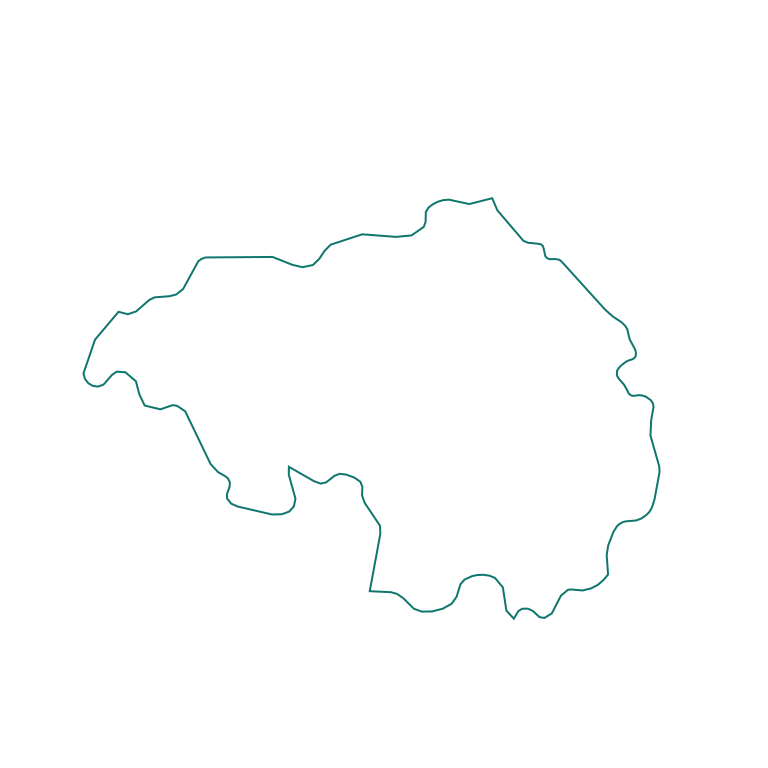 Vicenza, Natural Earth projection, rotated 106°
{"feature_id": "ITA-5465", "entity_name": "Vicenza", "entity_type": "Province", "adm_level": 1, "iso_a3": "ITA", "parent_name": "Italy", "parent_adm1": "", "projection": "natural_earth1", "projection_center": [11.514, 45.63], "detail": "fine", "context": "isolated", "style": "outline", "palette": "teal", "viewbox_px": 768, "rotation_deg": 106, "n_neighbors": 0, "source": "natural_earth", "source_scale": "10m", "svg_char_len": 2317}
<svg xmlns="http://www.w3.org/2000/svg" viewBox="0 0 768 768"><g transform="rotate(106 384 384)"><path d="M207.1,391.2L202.0,389.8L197.9,386.7L194.1,382.7L191.0,377.9L188.9,372.4L187.5,351.6L175.6,331.2L185.8,322.9L207.9,289.5L208.3,286.9L208.5,284.2L206.8,275.3L206.5,271.6L207.7,269.2L210.2,267.6L216.6,264.2L218.1,261.9L218.4,259.3L216.6,253.5L216.3,249.7L217.3,247.1L251.6,191.9L256.2,182.2L259.1,172.9L261.4,168.5L263.9,165.5L273.3,160.2L280.8,152.9L282.9,151.3L285.3,150.1L288.0,149.8L290.4,150.7L292.0,152.4L293.3,154.5L294.9,156.5L296.8,158.2L301.2,161.4L304.0,162.7L306.9,163.6L311.6,162.5L314.5,159.3L318.4,153.2L321.9,149.6L325.9,145.9L326.9,143.1L326.6,140.6L324.4,135.9L323.9,132.5L324.0,128.8L326.1,122.9L328.6,120.2L331.6,118.6L345.1,117.2L360.2,113.6L387.2,96.8L392.6,94.9L419.9,92.2L427.2,92.3L430.7,92.8L433.7,93.6L436.2,94.9L438.4,96.3L442.4,99.6L445.5,103.8L445.8,104.3L449.5,114.0L450.9,116.2L452.6,118.1L454.6,119.8L457.0,121.0L463.0,122.7L477.4,124.0L487.0,122.8L505.4,116.1L511.9,119.0L518.2,123.1L523.6,128.9L527.8,136.4L529.9,147.5L531.2,150.5L538.8,155.6L558.4,159.5L564.7,165.4L565.2,170.3L561.1,178.4L560.3,183.8L561.9,189.1L565.1,192.2L573.8,194.5L568.1,203.9L546.7,213.7L539.8,223.9L539.2,229.8L540.0,235.8L541.8,241.4L544.4,246.4L549.8,252.7L555.4,255.3L568.5,255.6L576.6,258.4L583.8,265.6L589.4,275.1L592.4,285.1L591.8,293.3L584.7,306.2L582.2,313.4L582.2,319.9L587.1,340.6L529.1,346.2L521.3,348.8L503.7,369.7L497.2,374.4L488.9,376.4L484.5,379.7L482.1,386.9L481.5,395.3L482.5,401.7L485.8,406.2L494.5,412.5L497.2,417.4L496.7,424.5L489.8,452.6L497.5,450.5L518.6,437.5L526.6,436.9L532.8,440.0L537.4,446.4L540.3,455.7L542.1,490.9L541.1,498.0L537.4,503.2L533.3,504.6L525.2,504.1L521.2,505.0L517.8,507.9L516.4,511.3L514.3,519.5L508.7,528.7L465.1,567.5L462.0,576.8L462.6,581.4L470.0,592.0L470.7,608.1L461.4,616.3L449.8,623.2L444.0,635.8L445.8,644.3L450.4,648.1L462.0,653.5L465.3,658.2L466.1,663.4L464.7,668.6L461.3,673.1L456.6,675.8L421.0,674.0L387.8,659.1L387.5,649.4L382.5,642.2L368.0,632.9L363.9,628.3L358.7,614.3L355.2,608.4L348.1,603.3L317.4,596.4L314.1,594.0L311.5,590.3L292.6,526.2L294.7,504.9L294.2,494.6L289.2,485.1L281.5,480.7L272.8,478.0L264.8,473.7L246.1,446.2L239.3,413.1L233.6,398.5L222.0,389.1L216.8,388.7L207.1,391.2Z" fill="none" stroke="#0f766e" stroke-width="2"/></g></svg>